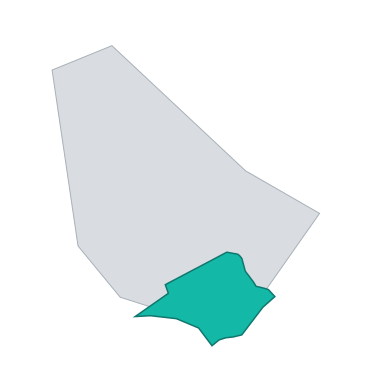 where Christ Church sits in Barbados, rotated 353°
{"feature_id": "BRB-1989", "entity_name": "Christ Church", "entity_type": "Parish", "adm_level": 1, "iso_a3": "BRB", "parent_name": "Barbados", "parent_adm1": "", "projection": "albers", "projection_center": [-59.519, 13.09], "detail": "fine", "context": "in_parent", "style": "filled", "palette": "teal", "viewbox_px": 384, "rotation_deg": 353, "n_neighbors": 0, "source": "natural_earth", "source_scale": "10m", "svg_char_len": 685}
<svg xmlns="http://www.w3.org/2000/svg" viewBox="0 0 384 384"><g transform="rotate(353 192 192)"><path d="M241.6,311.2L209.3,334.2L107.9,287.7L72.3,231.7L68.0,53.9L130.3,37.0L247.8,177.6L316.0,228.8L241.6,311.2Z" fill="#d9dde1" stroke="#a8b0b8" stroke-width="1"/><path d="M261.5,305.9L248.2,315.1L224.0,339.9L215.1,340.9L207.9,340.8L200.9,342.1L193.1,347.0L182.0,327.8L161.0,315.8L135.6,309.7L120.4,308.7L155.6,290.0L156.1,289.9L155.9,288.4L154.2,280.7L219.2,256.0L229.8,259.3L231.5,261.0L233.4,264.1L235.2,276.8L235.6,277.7L242.2,289.1L243.6,292.3L243.6,292.8L244.7,293.7L246.6,294.3L253.1,296.8L256.0,298.2L261.5,305.9Z" fill="#14b8a6" stroke="#0f766e" stroke-width="1.5"/></g></svg>